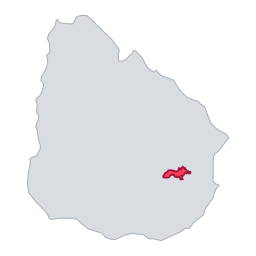 José Pedro Varela, Lavalleja, Uruguay shown in context
{"feature_id": "84410073B20043717754830", "entity_name": "José Pedro Varela", "entity_type": "district", "adm_level": 2, "iso_a3": "URY", "parent_name": "Uruguay", "parent_adm1": "Lavalleja", "projection": "natural_earth1", "projection_center": [-54.355, -33.484], "detail": "fine", "context": "in_parent", "style": "filled", "palette": "rose", "viewbox_px": 256, "rotation_deg": 0, "n_neighbors": 0, "source": "geoboundaries", "source_scale": "gbopen_adm2", "svg_char_len": 5706}
<svg xmlns="http://www.w3.org/2000/svg" viewBox="0 0 256 256"><path d="M219.2,185.2L217.4,186.9L215.4,190.2L213.0,198.0L205.1,208.8L203.5,214.9L195.0,221.3L189.0,228.4L185.1,228.3L181.6,231.3L161.3,240.6L154.0,238.9L148.7,238.9L143.6,234.8L132.2,233.3L125.1,235.0L115.5,239.5L112.6,239.4L110.5,239.2L105.3,237.3L102.4,233.3L87.6,228.7L75.6,218.3L61.5,218.1L50.8,219.4L49.1,218.0L48.0,215.4L45.7,211.5L36.3,202.3L28.9,193.1L27.3,184.1L28.2,174.3L30.3,162.7L29.9,159.1L32.6,157.0L35.2,156.6L37.8,153.6L40.1,149.1L40.4,145.6L38.5,139.3L37.2,130.4L35.7,125.9L38.6,119.0L38.7,115.6L36.9,112.6L36.4,109.5L37.2,106.4L37.0,103.3L35.9,100.4L36.7,98.0L39.4,96.1L41.4,93.2L42.7,89.3L43.4,86.3L43.4,84.2L42.5,82.2L40.8,80.4L41.6,76.7L44.8,71.3L46.8,66.4L47.7,62.2L47.6,58.7L46.5,56.1L47.0,54.4L49.0,53.5L49.8,50.7L49.5,43.9L47.4,38.2L48.9,33.7L53.4,28.6L55.7,24.4L55.9,21.2L57.3,19.4L59.5,22.8L66.0,23.7L72.4,23.9L73.5,23.0L76.0,17.4L79.3,15.8L83.0,15.4L87.0,15.6L91.3,19.4L103.4,31.5L112.3,40.0L115.0,43.9L117.3,46.9L119.1,49.7L118.4,56.9L118.5,60.1L118.9,61.0L120.9,61.1L123.9,60.5L126.4,59.0L128.4,56.7L130.3,54.8L131.9,53.8L132.4,52.3L133.3,50.7L134.2,50.3L136.0,51.5L140.1,55.6L143.3,59.5L144.1,61.6L145.3,63.9L146.7,65.9L147.6,67.8L150.7,70.3L153.8,71.9L155.9,70.3L161.3,75.6L173.1,79.9L175.2,82.6L177.3,86.4L181.4,92.1L187.1,97.2L191.6,99.4L196.0,100.6L198.5,101.7L200.2,103.7L202.9,105.8L204.5,106.6L205.1,108.5L206.8,112.6L208.6,117.9L210.6,122.7L214.9,127.4L219.7,131.0L224.7,133.1L227.5,135.7L228.7,138.3L225.3,142.2L221.6,147.2L218.4,151.1L215.0,153.8L213.9,155.6L213.2,158.5L213.2,173.9L212.9,179.6L213.1,181.1L213.6,182.1L215.7,183.7L218.2,184.9L219.2,185.2Z" fill="#d9dde1" stroke="#a8b0b8" stroke-width="1"/><path d="M175.8,171.7L175.5,171.6L175.4,171.4L175.3,171.2L175.2,171.2L174.8,171.0L174.7,171.1L174.3,171.0L174.3,170.9L173.9,171.0L173.5,171.0L173.4,171.0L173.4,170.8L173.2,170.7L173.1,170.4L172.9,170.4L172.7,170.4L172.4,170.3L172.2,170.5L172.0,170.4L171.9,170.5L171.9,170.4L171.7,170.4L171.6,170.2L171.1,170.1L170.5,170.1L170.3,170.3L169.8,170.4L169.7,170.4L169.4,170.2L169.1,170.2L168.7,170.2L168.6,170.3L168.6,170.2L168.4,170.2L168.3,170.4L168.1,170.5L168.0,170.8L167.8,171.0L167.5,171.1L167.3,171.5L166.8,172.1L166.3,172.6L166.0,172.8L165.7,172.8L165.5,172.7L165.4,172.8L165.4,173.0L165.1,173.1L164.9,173.4L164.7,173.5L164.5,174.1L164.3,174.3L164.2,174.7L163.9,175.1L163.6,175.4L163.7,175.7L163.4,176.2L163.4,176.4L163.1,176.3L163.1,176.5L163.2,177.1L163.6,177.6L163.8,177.7L164.5,177.5L165.5,177.7L166.5,177.7L166.8,177.6L167.0,177.7L168.5,177.6L169.6,176.9L170.1,175.5L170.9,175.2L171.4,174.5L172.3,174.5L172.5,174.5L172.3,175.0L172.5,175.1L173.3,174.6L173.4,174.8L173.5,174.9L173.8,174.9L173.9,175.1L174.0,175.0L174.1,175.4L174.2,175.6L174.3,175.7L174.0,175.7L174.0,175.8L174.1,176.0L174.4,176.2L174.6,176.1L174.7,176.3L174.7,176.5L174.9,176.5L175.0,176.5L175.0,176.8L175.4,176.9L175.5,176.8L175.8,177.0L175.8,176.8L175.8,176.7L176.0,176.6L176.2,176.4L176.3,176.6L176.6,176.6L176.8,176.8L176.7,176.9L176.9,176.9L177.1,177.1L177.3,177.1L177.4,177.4L177.5,177.4L177.6,177.2L177.9,177.0L178.1,176.8L178.2,176.7L178.3,176.7L178.7,176.7L179.0,176.7L178.9,176.8L179.0,176.9L179.3,176.9L179.5,176.8L179.5,177.0L179.5,177.4L179.5,177.5L179.7,177.9L179.8,178.0L180.0,178.1L180.1,178.3L180.2,178.2L180.3,178.2L180.4,178.3L180.3,178.5L180.6,178.4L180.7,178.6L180.7,178.8L180.8,179.0L180.9,179.3L180.9,179.2L181.0,179.1L181.0,178.9L181.1,179.0L181.1,179.3L181.3,179.1L181.5,179.2L181.6,179.3L181.8,179.3L181.9,179.1L182.2,179.3L182.4,179.2L182.7,179.3L182.9,179.2L182.6,178.9L182.4,178.7L182.1,177.3L181.8,176.6L181.5,175.9L181.9,176.0L182.1,176.0L182.4,175.9L183.4,175.8L183.5,175.4L183.9,174.9L184.0,174.7L184.2,174.4L184.3,173.9L184.5,173.8L184.5,173.6L184.9,173.6L185.0,173.5L185.0,173.4L185.2,173.5L185.3,173.3L185.3,173.2L185.5,173.1L185.8,173.0L186.1,172.9L186.2,173.0L186.2,172.9L186.3,172.7L186.5,172.6L186.5,172.4L186.8,172.6L187.0,172.5L187.0,172.4L187.3,172.5L187.2,172.6L187.0,172.8L187.1,173.1L187.4,173.0L187.6,173.0L187.9,173.0L188.0,173.1L188.3,173.1L188.5,173.1L188.7,173.3L188.7,173.2L188.9,173.1L189.0,173.1L189.1,172.9L189.3,173.0L189.4,172.9L189.5,172.8L189.6,173.0L189.8,173.0L190.0,172.9L190.1,173.0L190.1,172.9L190.1,172.7L190.3,172.5L190.3,172.4L190.3,172.1L190.5,172.1L190.4,171.9L190.3,172.0L190.3,171.9L190.2,171.8L190.0,172.0L189.6,172.0L189.4,171.8L189.1,171.7L188.5,171.6L188.4,171.4L188.3,171.5L188.1,171.5L187.9,171.4L187.8,171.5L187.8,171.4L187.6,171.4L187.5,171.2L187.3,170.9L187.2,170.8L187.0,170.6L186.8,170.6L186.7,170.5L186.7,170.4L186.5,170.1L186.2,169.9L186.1,170.0L186.2,169.8L186.1,169.6L185.9,169.5L185.7,169.4L185.6,169.1L185.5,168.9L185.4,168.8L185.4,168.7L185.2,168.6L185.0,168.4L184.9,168.5L184.9,168.4L184.8,168.5L184.7,168.5L184.7,168.4L184.8,168.3L184.8,168.2L184.7,168.1L184.4,168.0L184.4,167.9L184.2,167.7L183.9,167.6L183.7,167.4L183.6,167.2L183.3,167.1L183.1,166.9L183.1,167.0L183.1,167.3L183.1,167.6L182.9,167.6L182.7,167.4L182.1,167.5L182.0,167.4L181.7,167.5L181.4,167.7L181.4,167.8L181.6,167.9L181.7,168.0L181.3,168.0L181.2,168.0L181.2,168.4L181.0,168.5L181.0,168.8L180.9,169.1L180.8,168.9L180.6,168.9L180.4,168.9L180.2,168.9L179.8,168.8L179.7,168.7L179.8,168.6L179.6,168.7L179.4,168.6L179.4,168.4L179.2,168.5L179.1,168.4L179.1,168.5L178.9,168.6L179.0,168.7L178.9,168.7L178.9,168.9L179.0,168.9L178.9,169.0L178.7,169.3L178.8,169.4L178.7,169.4L178.7,169.5L178.8,169.6L178.7,169.7L178.7,169.8L178.5,170.0L178.3,170.1L178.2,170.1L178.2,170.6L177.9,170.7L178.0,170.7L177.9,170.9L177.9,171.1L177.5,171.2L176.9,171.3L176.6,171.3L176.4,171.5L176.2,171.4L176.1,171.5L175.9,171.5L175.8,171.7Z" fill="#f43f5e" stroke="#9f1239" stroke-width="1.5"/></svg>